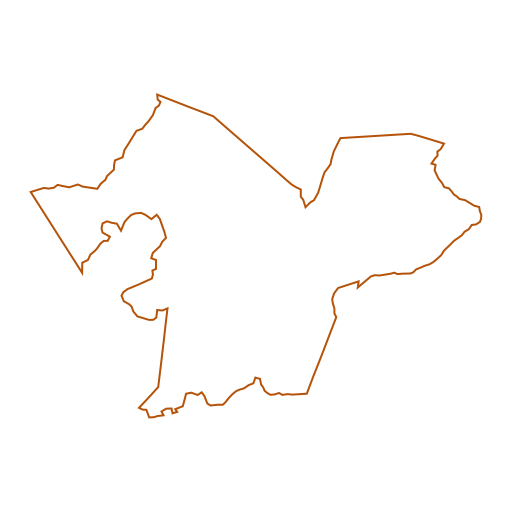 outline of Belo Jardim, Pernambuco, Brazil
{"feature_id": "56859067B61802713407079", "entity_name": "Belo Jardim", "entity_type": "district", "adm_level": 2, "iso_a3": "BRA", "parent_name": "Brazil", "parent_adm1": "Pernambuco", "projection": "mercator", "projection_center": [-36.415, -8.268], "detail": "fine", "context": "isolated", "style": "outline", "palette": "amber", "viewbox_px": 512, "rotation_deg": 0, "n_neighbors": 0, "source": "geoboundaries", "source_scale": "gbopen_adm2", "svg_char_len": 2914}
<svg xmlns="http://www.w3.org/2000/svg" viewBox="0 0 512 512"><path d="M213.4,116.3L190.6,107.6L157.2,94.6L157.7,99.6L160.5,101.9L158.8,105.7L155.6,108.0L152.9,115.1L148.9,120.8L145.4,124.7L142.2,128.8L136.5,130.8L132.5,137.2L129.6,142.0L124.4,150.2L122.6,157.4L118.3,159.0L115.0,160.4L114.1,164.7L113.9,169.6L107.0,176.1L105.5,179.7L100.7,183.8L97.3,188.8L82.6,186.6L77.9,184.5L69.2,187.3L63.1,186.1L57.6,184.9L53.9,187.7L48.5,188.6L43.9,187.9L30.7,192.0L63.5,243.6L70.2,254.1L77.5,265.5L82.1,272.8L82.3,262.7L87.9,260.0L90.5,254.4L93.6,252.0L96.6,249.1L100.2,243.9L103.7,240.9L107.7,240.8L109.9,236.7L102.6,232.6L101.5,228.5L102.6,223.4L107.0,221.3L111.8,222.8L116.9,223.7L121.0,230.7L124.5,222.1L127.0,219.1L131.1,215.0L135.3,213.4L141.1,212.9L145.4,214.8L151.4,219.1L156.7,214.8L159.8,218.9L164.4,231.9L166.0,237.9L162.3,241.7L160.0,246.2L152.8,252.9L151.2,258.2L156.0,260.0L156.0,268.9L152.4,270.5L152.9,274.6L151.9,278.5L137.7,284.9L127.5,289.1L123.4,292.1L121.5,295.7L123.8,301.2L129.1,304.2L131.6,306.6L133.3,311.4L137.4,316.4L149.1,319.9L153.3,319.8L156.3,317.6L157.2,310.0L162.4,310.5L167.5,308.4L166.2,319.2L164.9,330.6L163.9,339.6L163.5,343.0L162.3,353.0L161.5,360.1L158.2,387.1L146.6,399.8L139.0,407.8L142.6,409.6L146.3,409.8L147.8,413.7L149.2,417.4L154.0,417.2L157.2,416.1L163.5,415.3L161.5,411.5L166.2,408.7L171.5,408.5L172.6,413.3L177.2,411.9L175.2,409.2L182.8,406.2L184.5,399.9L186.1,393.7L191.4,392.7L197.7,395.0L201.7,392.3L204.5,396.2L207.3,403.5L210.7,405.5L218.1,404.7L222.7,404.8L225.3,402.4L228.5,398.3L232.4,394.2L236.5,390.9L239.7,389.6L243.9,388.4L248.7,385.1L253.4,383.3L255.4,377.6L260.0,378.9L261.1,384.5L263.3,387.6L264.7,390.9L267.6,393.2L270.6,394.8L274.7,394.4L279.1,393.0L282.3,394.9L287.7,394.1L292.1,394.6L306.8,393.7L313.6,375.6L317.8,365.1L322.2,353.9L328.5,337.4L336.3,317.1L334.4,313.5L334.4,308.4L332.8,303.2L332.2,299.1L334.1,293.4L338.1,288.0L358.6,281.4L357.8,287.5L365.8,280.7L371.0,276.4L374.7,275.2L379.6,275.5L390.7,273.7L394.4,272.7L397.4,274.1L402.1,273.7L410.3,273.5L413.3,272.3L416.1,269.4L420.4,267.7L425.0,265.7L429.5,264.3L433.4,262.0L437.3,258.7L441.2,255.2L443.8,250.9L446.5,248.2L450.0,244.9L454.1,240.7L458.7,237.6L462.1,235.0L464.5,231.8L468.9,229.1L471.7,225.0L476.1,224.4L479.9,221.9L481.1,218.8L481.3,215.0L479.8,210.9L479.2,207.0L474.1,205.7L470.8,203.6L465.2,200.2L459.4,198.9L456.8,196.4L453.9,194.5L451.8,191.6L448.9,188.3L444.3,187.2L442.1,183.1L438.5,178.6L434.6,170.4L435.6,164.8L431.5,163.6L435.0,158.4L437.5,155.8L437.4,151.6L440.7,149.1L444.0,143.6L418.4,135.8L410.8,133.8L400.8,134.4L340.5,138.1L338.6,141.6L335.6,147.7L333.8,151.4L331.3,160.0L330.6,164.1L327.6,168.4L324.6,172.2L322.7,177.6L320.2,186.1L318.1,192.9L316.5,195.7L314.0,200.2L310.5,202.2L305.5,207.2L303.2,199.7L300.8,196.8L300.8,189.5L296.2,187.3L291.6,184.5L285.8,179.5L277.0,171.7L223.4,125.1L217.1,119.6L213.4,116.3Z" fill="none" stroke="#b45309" stroke-width="2"/></svg>